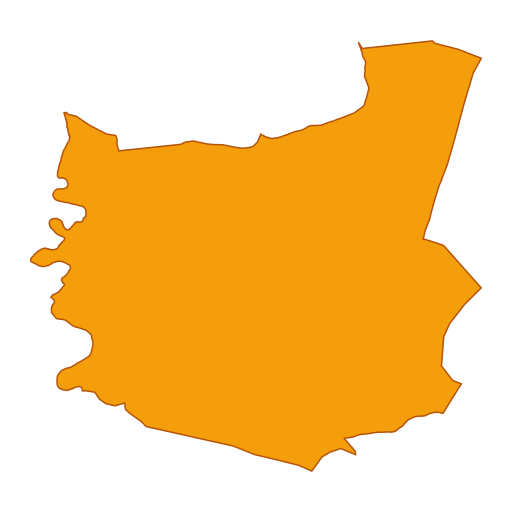 Balata, Castries, Saint Lucia (Mercator projection)
{"feature_id": "8701671B12100696846936", "entity_name": "Balata", "entity_type": "district", "adm_level": 2, "iso_a3": "LCA", "parent_name": "Saint Lucia", "parent_adm1": "Castries", "projection": "mercator", "projection_center": [-60.955, 14.015], "detail": "fine", "context": "isolated", "style": "filled", "palette": "amber", "viewbox_px": 512, "rotation_deg": 0, "n_neighbors": 0, "source": "geoboundaries", "source_scale": "gbopen_adm2", "svg_char_len": 5816}
<svg xmlns="http://www.w3.org/2000/svg" viewBox="0 0 512 512"><path d="M222.8,144.8L212.1,144.5L211.0,144.3L207.6,144.1L206.4,143.7L205.0,143.6L201.6,142.6L200.6,142.6L197.5,142.1L195.4,141.2L193.7,141.3L192.6,141.1L185.9,142.0L185.0,142.5L183.7,142.7L181.1,144.3L118.8,150.9L117.6,147.1L117.6,146.4L117.0,144.4L116.9,143.6L117.1,140.9L116.9,138.8L115.7,135.4L106.7,134.1L89.8,125.4L76.1,116.2L67.3,114.1L66.8,112.5L64.1,112.7L63.9,113.0L64.5,114.1L64.5,114.7L66.0,119.4L65.9,120.0L66.6,121.3L66.4,121.7L66.7,122.4L66.7,122.8L67.1,123.6L66.8,123.7L67.1,125.4L66.9,127.0L67.3,127.7L68.6,133.4L69.0,134.1L68.9,135.4L69.4,135.4L69.9,136.6L69.4,137.2L69.6,138.1L69.2,139.4L69.3,140.5L68.8,141.7L67.6,142.7L66.7,144.9L65.6,146.6L65.6,147.2L64.9,148.5L64.6,149.4L63.6,150.2L63.5,151.2L62.4,154.1L62.0,155.8L61.4,157.1L61.3,158.6L60.8,160.8L59.9,163.0L58.9,166.3L59.0,166.6L58.8,167.1L58.2,170.2L57.6,171.5L57.8,173.2L57.5,174.0L57.6,176.4L58.3,177.5L58.9,177.9L61.5,178.2L62.6,177.8L64.1,178.3L65.7,179.1L66.6,180.1L67.2,181.3L67.3,182.1L67.8,183.0L68.0,184.3L67.4,186.5L66.8,187.3L65.2,188.3L62.2,189.0L60.1,188.8L57.7,189.0L57.0,189.2L55.6,190.1L54.6,191.0L53.7,192.5L52.9,194.9L53.1,196.1L53.9,197.9L55.4,199.4L56.2,200.0L58.2,200.8L62.2,201.7L63.7,201.9L65.3,202.5L66.4,202.4L70.0,203.1L71.7,203.9L77.3,204.9L79.2,205.7L81.2,205.9L82.1,206.4L83.4,206.7L85.3,208.8L85.9,210.3L85.8,210.7L86.0,213.3L85.9,214.6L85.7,215.1L85.9,216.0L85.1,217.1L83.3,218.4L83.1,220.2L81.9,221.5L81.5,221.8L79.7,222.0L78.1,221.8L76.6,221.9L74.8,222.7L74.3,223.8L73.4,225.0L73.1,225.2L72.0,226.4L71.7,227.1L71.2,227.4L70.8,228.0L69.5,228.9L69.1,229.6L68.5,229.5L67.9,229.9L66.0,229.4L65.1,228.6L63.1,225.5L63.3,225.1L62.7,224.0L62.2,222.1L61.6,221.3L59.9,220.0L58.0,219.0L56.1,218.5L53.9,218.5L51.7,219.2L50.6,220.0L49.4,221.7L49.3,223.8L49.6,225.0L50.0,225.5L50.0,226.1L50.8,227.8L52.7,229.4L53.2,230.3L54.3,231.2L54.9,232.1L56.6,233.7L59.1,235.3L63.2,236.8L63.9,237.3L64.5,237.9L64.7,238.4L64.3,239.1L64.3,239.8L63.3,241.2L61.5,242.4L61.6,242.7L60.6,243.7L60.1,244.5L59.3,245.0L57.7,248.1L56.6,248.9L54.0,249.7L50.8,249.7L50.1,249.6L48.4,248.8L48.1,249.0L47.4,248.6L45.9,248.4L44.9,248.1L42.5,248.7L40.5,249.7L37.4,251.7L36.7,252.3L36.1,253.2L34.7,254.2L32.9,256.5L32.0,257.2L31.0,258.5L30.7,260.0L31.0,261.4L31.3,261.2L33.0,262.7L34.3,263.1L38.9,265.8L39.7,265.7L41.9,266.5L43.2,266.6L44.4,266.5L47.6,265.5L48.2,265.6L51.2,264.0L51.5,263.6L53.9,262.2L55.7,262.0L56.7,261.5L59.2,261.2L61.6,261.5L65.4,262.8L67.4,264.1L69.7,265.1L70.2,265.9L70.2,267.0L70.5,267.7L70.5,268.4L70.0,269.3L69.1,270.5L67.8,273.0L66.3,274.9L64.6,276.5L62.7,277.6L62.0,278.2L61.6,279.4L61.7,280.8L62.8,282.3L63.0,283.1L64.1,283.7L64.6,284.3L64.4,285.0L63.7,286.1L62.9,286.8L59.5,291.1L57.8,292.5L57.2,292.7L55.3,293.9L53.5,294.5L52.6,295.1L50.9,297.3L51.5,297.6L54.1,300.1L54.4,302.2L54.4,302.7L52.6,304.9L51.8,306.6L51.3,310.2L51.8,312.8L52.2,313.7L52.8,314.1L55.9,318.0L56.7,318.6L59.8,319.2L63.0,319.4L63.5,319.7L65.3,320.1L68.9,322.8L70.2,323.6L70.5,324.0L71.9,325.1L73.9,326.3L75.6,327.0L76.9,327.2L81.1,328.5L81.7,328.8L85.5,330.0L86.5,330.5L90.9,334.5L91.5,335.4L91.6,337.8L91.8,338.7L92.8,340.3L92.7,341.5L93.0,343.2L92.7,346.4L90.9,353.4L90.0,354.5L89.6,355.5L88.2,356.9L87.0,357.4L85.2,358.8L81.2,361.2L78.2,362.6L76.1,363.9L74.8,365.1L73.4,365.6L71.6,366.8L70.2,367.4L66.8,368.2L62.5,370.0L60.9,371.1L58.7,373.9L57.5,375.8L57.2,377.4L57.0,381.6L57.2,384.7L57.7,386.0L59.0,388.0L60.2,388.7L62.8,389.7L66.4,390.4L67.2,390.4L72.5,388.7L75.4,387.2L77.9,386.6L79.1,386.5L80.9,387.1L81.9,388.0L82.4,389.4L82.3,390.9L85.8,390.8L94.8,392.2L99.7,399.4L105.9,403.7L115.0,405.8L124.7,403.0L125.4,409.4L130.3,413.7L141.4,421.6L146.3,426.6L233.2,446.0L254.8,454.6L272.9,458.9L298.6,465.3L311.8,471.1L321.9,457.0L330.3,452.0L340.9,448.6L355.5,454.6L355.5,452.8L355.3,451.7L354.6,450.5L351.7,446.9L351.2,446.6L349.3,444.2L348.9,444.0L347.0,441.5L346.4,441.0L344.3,438.5L345.1,438.0L348.9,437.8L350.9,437.2L352.8,437.1L358.2,435.0L360.9,434.3L361.9,434.5L366.2,433.8L367.8,433.8L371.3,433.1L372.3,433.2L373.9,432.6L375.2,432.6L378.1,432.2L380.7,432.3L383.7,432.1L385.7,432.2L386.2,431.9L391.5,432.1L393.7,431.7L395.4,431.2L399.9,427.6L400.6,427.4L402.8,425.8L404.6,423.4L405.5,422.7L405.9,422.0L407.8,420.4L408.9,419.2L410.4,418.9L412.7,417.6L414.4,417.0L417.5,416.2L418.9,416.2L419.6,416.0L420.4,416.3L421.8,416.0L422.3,416.2L423.5,415.9L425.2,415.7L428.0,414.3L428.9,414.0L430.8,413.2L435.5,412.2L438.7,412.3L441.4,412.9L441.9,413.3L443.0,413.3L461.3,383.8L452.6,380.4L441.5,365.9L443.7,336.7L449.6,323.7L464.5,304.5L481.2,287.9L443.7,245.6L441.3,244.6L439.5,244.2L438.0,243.5L424.9,239.3L423.2,239.2L423.1,238.9L423.5,238.0L425.1,230.8L426.9,226.0L427.3,225.4L428.3,222.2L429.4,220.1L431.3,212.1L432.6,207.5L432.7,206.5L433.1,205.9L433.8,202.7L439.1,185.6L441.7,179.7L442.1,177.8L443.4,174.9L443.7,173.6L444.4,172.3L447.4,164.3L455.3,136.6L464.3,102.8L473.2,73.1L481.3,58.3L458.1,49.3L435.1,43.4L432.3,40.9L362.3,48.5L358.8,42.9L358.7,43.2L362.2,52.7L362.4,54.9L363.0,56.8L365.4,61.1L365.7,62.2L365.7,63.5L364.7,68.1L365.2,69.0L364.5,76.4L368.8,87.5L368.8,89.0L368.1,91.3L368.3,90.3L367.2,95.3L364.1,105.4L362.1,107.2L354.1,113.0L340.8,118.2L336.9,119.5L333.5,121.0L331.3,121.5L330.3,122.0L328.0,122.5L326.8,123.2L324.1,124.0L322.6,124.8L320.3,125.3L316.6,125.4L315.7,125.7L314.0,125.4L310.9,125.7L310.4,125.5L309.9,125.9L308.7,126.3L306.7,127.3L306.2,127.9L305.1,128.4L302.9,129.7L302.3,129.6L301.4,130.2L300.2,130.5L294.7,131.7L289.5,133.6L287.4,134.6L283.6,135.8L281.5,136.8L280.9,136.8L277.3,137.9L276.4,137.8L272.7,138.5L272.0,138.3L270.4,138.4L269.2,137.8L264.2,136.4L264.2,135.9L262.1,135.2L260.9,134.1L258.0,140.7L257.4,142.3L253.0,146.4L252.4,146.7L248.4,147.6L243.3,148.2L238.8,147.9L222.8,144.8Z" fill="#f59e0b" stroke="#b45309" stroke-width="1.5"/></svg>